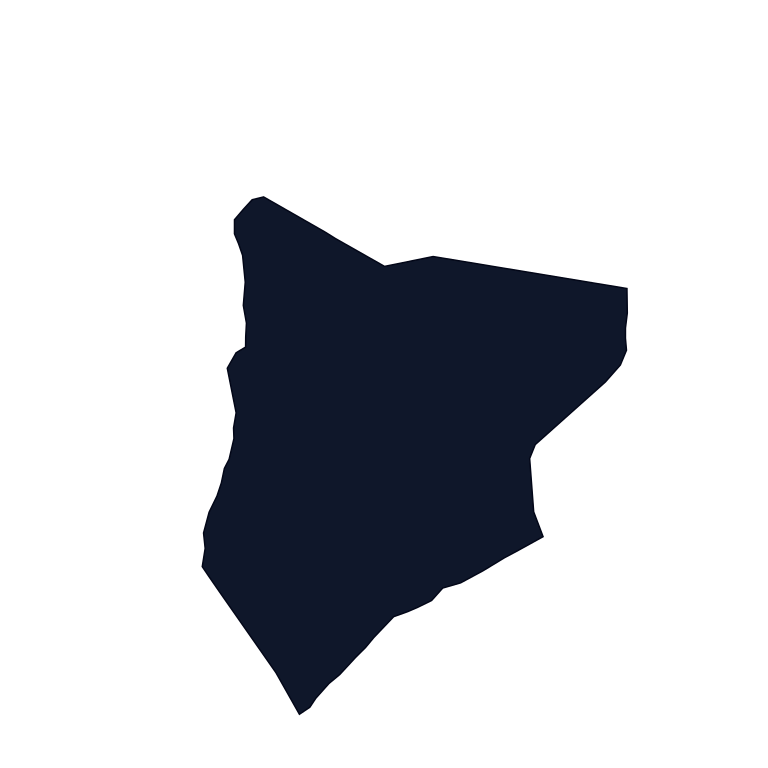 outline of Marcolândia, Piauí, Brazil, rotated 326°
{"feature_id": "56859067B6575559229154", "entity_name": "Marcolândia", "entity_type": "district", "adm_level": 2, "iso_a3": "BRA", "parent_name": "Brazil", "parent_adm1": "Piauí", "projection": "orthographic", "projection_center": [-40.748, -7.416], "detail": "fine", "context": "isolated", "style": "filled", "palette": "ink", "viewbox_px": 768, "rotation_deg": 326, "n_neighbors": 0, "source": "geoboundaries", "source_scale": "gbopen_adm2", "svg_char_len": 903}
<svg xmlns="http://www.w3.org/2000/svg" viewBox="0 0 768 768"><g transform="rotate(326 384 384)"><path d="M388.8,161.6L377.8,157.5L365.3,160.5L351.9,164.2L344.0,175.9L341.9,186.3L338.7,198.3L325.9,222.0L311.3,240.2L304.0,256.6L295.7,267.6L289.9,276.0L278.9,275.4L262.9,283.3L245.3,325.2L234.7,336.3L229.1,345.3L213.5,359.8L204.5,364.7L193.8,375.1L182.9,383.5L167.3,392.5L151.1,406.6L143.8,420.3L131.2,433.8L131.2,445.4L131.4,463.8L133.0,562.9L129.2,610.5L141.8,610.5L151.7,606.4L170.9,601.5L184.9,600.1L207.4,594.8L221.4,592.1L233.7,588.5L261.9,582.3L276.5,586.0L287.2,588.0L302.4,590.1L318.6,586.0L336.3,591.7L361.6,594.2L386.7,595.4L402.3,597.0L430.5,599.5L436.6,573.7L463.1,527.2L475.5,518.8L568.7,506.1L590.6,500.4L603.9,491.6L609.8,481.0L615.5,472.6L625.4,461.2L638.8,440.7L496.0,305.8L450.2,286.8L425.0,236.1L420.4,225.7L388.8,161.6Z" fill="#0f172a" stroke="#020617" stroke-width="1.5"/></g></svg>